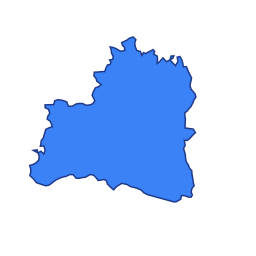 Boituva, São Paulo, Brazil (orthographic projection), rotated 113°
{"feature_id": "56859067B19813676831421", "entity_name": "Boituva", "entity_type": "district", "adm_level": 2, "iso_a3": "BRA", "parent_name": "Brazil", "parent_adm1": "São Paulo", "projection": "orthographic", "projection_center": [-47.684, -23.285], "detail": "fine", "context": "isolated", "style": "filled", "palette": "blue", "viewbox_px": 256, "rotation_deg": 113, "n_neighbors": 0, "source": "geoboundaries", "source_scale": "gbopen_adm2", "svg_char_len": 2450}
<svg xmlns="http://www.w3.org/2000/svg" viewBox="0 0 256 256"><g transform="rotate(113 128 128)"><path d="M186.1,201.1L188.7,198.7L192.5,197.6L196.1,199.1L198.9,201.4L200.9,203.9L203.4,201.8L206.1,200.4L210.2,199.7L211.8,195.1L214.1,190.9L213.7,185.3L213.3,181.0L211.0,178.0L206.8,175.7L204.1,174.1L200.6,171.1L198.3,168.5L196.7,166.1L193.6,163.4L192.4,160.3L194.5,156.0L193.2,153.0L191.4,150.7L190.2,148.2L185.5,144.5L184.9,141.2L186.3,137.7L188.0,135.0L186.3,132.2L184.7,129.9L185.1,127.1L187.6,125.0L189.5,120.4L190.5,117.1L186.9,115.9L183.9,113.9L181.4,112.1L180.4,107.1L180.9,102.6L180.0,96.9L180.0,91.6L181.4,88.2L181.7,83.9L178.1,56.9L176.8,54.6L172.9,51.6L169.4,52.5L168.2,49.8L168.0,45.6L167.0,42.9L164.5,42.6L162.2,44.9L158.4,45.5L155.2,44.6L153.1,46.3L149.3,48.6L145.0,51.4L142.5,52.5L140.9,55.7L138.5,58.0L136.3,61.2L133.7,63.0L130.2,64.8L127.4,67.0L125.1,68.9L121.6,68.6L117.2,71.4L116.3,68.6L113.8,67.2L108.8,65.4L105.9,64.1L103.5,67.6L104.4,70.8L105.7,75.6L102.1,76.9L97.3,78.7L94.7,80.3L92.0,81.7L89.0,80.0L86.4,79.5L84.1,78.5L79.3,78.1L76.1,78.2L73.1,77.6L70.6,79.3L69.4,81.5L67.6,85.1L64.7,87.6L60.9,88.3L57.2,89.0L55.1,91.3L52.7,94.3L50.5,96.3L48.8,98.3L50.0,101.0L46.8,103.0L44.1,105.2L41.9,108.1L43.6,110.4L47.2,108.0L52.1,108.7L48.9,116.0L51.9,118.5L49.8,123.3L54.3,124.7L57.2,126.4L53.4,127.6L50.4,129.2L50.0,133.3L47.2,133.3L46.0,135.6L48.3,137.3L50.2,139.1L52.5,140.6L52.6,143.2L55.7,143.6L52.7,146.6L53.2,150.2L50.3,153.1L47.1,155.0L43.6,155.3L42.2,158.9L44.8,161.8L47.8,163.5L51.8,167.2L54.0,165.4L55.1,162.9L57.8,161.3L60.0,164.1L60.1,167.0L59.6,169.8L59.7,173.5L60.4,176.1L62.4,174.1L65.4,172.5L68.0,169.6L70.7,168.8L72.6,171.5L74.2,169.4L76.6,169.3L77.9,171.5L81.6,171.7L85.2,171.5L86.4,174.3L88.3,177.7L89.8,180.8L93.4,179.7L95.0,176.6L97.1,175.0L98.4,169.6L101.4,171.2L103.8,173.7L107.9,174.1L112.0,173.8L114.2,171.1L116.0,169.1L119.1,169.8L121.5,171.8L123.5,175.6L123.2,179.4L124.7,182.9L126.1,185.1L129.4,187.5L131.4,191.2L127.8,194.7L128.2,199.3L129.2,203.4L131.6,206.1L135.4,205.5L136.7,208.2L138.0,210.9L139.1,213.4L141.7,212.2L141.9,208.4L145.1,205.7L148.2,206.4L151.4,205.9L152.3,202.0L156.4,198.1L158.6,200.7L161.3,203.1L164.6,202.8L170.0,202.1L173.6,202.9L176.3,202.1L179.0,201.6L177.3,198.4L181.2,195.4L184.8,195.4L183.4,199.1L186.1,201.1ZM48.9,116.0L46.1,113.9L43.7,114.0L45.0,116.5L48.9,116.0ZM186.1,201.1L183.6,203.2L185.6,206.4L186.1,201.1Z" fill="#3b82f6" stroke="#1e3a8a" stroke-width="1.5"/></g></svg>